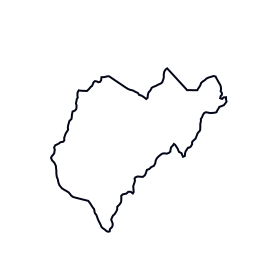 outline of Matão, São Paulo, Brazil, rotated 128°
{"feature_id": "56859067B9094864548247", "entity_name": "Matão", "entity_type": "district", "adm_level": 2, "iso_a3": "BRA", "parent_name": "Brazil", "parent_adm1": "São Paulo", "projection": "robinson", "projection_center": [-48.44, -21.618], "detail": "fine", "context": "isolated", "style": "outline", "palette": "ink", "viewbox_px": 256, "rotation_deg": 128, "n_neighbors": 0, "source": "geoboundaries", "source_scale": "gbopen_adm2", "svg_char_len": 2879}
<svg xmlns="http://www.w3.org/2000/svg" viewBox="0 0 256 256"><g transform="rotate(128 128 128)"><path d="M222.5,81.6L222.0,79.8L220.7,78.8L218.7,80.0L216.3,79.6L214.4,80.0L212.6,81.4L210.6,84.8L208.4,85.5L206.3,85.9L204.2,85.5L202.0,85.7L200.1,86.0L198.7,86.5L196.6,88.0L193.9,87.6L191.3,87.7L189.7,88.4L187.9,89.7L185.5,91.6L183.4,91.2L180.7,88.9L178.1,88.5L176.6,86.6L176.6,83.9L175.0,84.1L173.1,85.8L170.7,88.0L166.5,89.5L165.1,90.2L164.0,91.6L162.4,91.8L160.3,90.6L159.3,89.0L157.4,86.2L154.8,85.6L152.8,86.1L149.4,87.3L147.0,85.9L144.7,85.7L141.8,84.3L139.1,84.8L136.8,86.0L134.3,86.6L132.5,86.5L130.7,86.2L128.5,85.7L126.8,85.0L125.4,83.5L124.4,81.7L122.5,80.5L120.6,80.1L119.1,81.0L116.9,82.1L114.3,81.9L112.3,82.0L112.3,80.3L113.1,77.9L113.8,76.0L115.4,73.2L114.9,70.3L116.0,68.5L116.8,66.9L115.1,66.0L112.9,67.4L110.9,68.2L108.4,68.4L106.7,68.6L105.3,67.4L103.8,67.1L101.4,67.5L99.4,68.9L97.4,68.7L94.9,68.2L91.5,69.2L89.8,69.8L88.1,69.9L86.5,69.7L85.0,70.0L82.9,71.5L80.2,73.6L77.8,74.7L76.1,76.1L73.9,76.3L71.5,77.0L69.4,77.2L67.7,76.4L66.6,74.4L65.7,72.5L63.9,70.5L62.5,69.0L61.0,68.0L59.5,68.4L57.5,68.6L55.1,69.0L53.4,67.9L50.9,66.5L48.8,66.5L46.5,66.6L45.2,68.3L43.4,69.7L45.1,71.5L47.1,71.7L47.8,73.7L45.9,74.6L44.0,74.5L42.6,75.6L41.9,77.7L40.1,78.6L38.6,80.0L37.4,81.6L36.6,83.6L35.9,85.3L35.0,87.4L34.3,89.1L33.5,90.6L34.3,92.5L36.3,93.9L38.7,95.6L40.7,96.6L42.4,96.8L44.1,97.3L45.5,97.8L47.6,98.1L49.5,97.4L51.3,97.1L53.1,97.0L55.6,96.7L61.8,104.8L61.4,106.7L56.9,133.8L58.5,134.3L61.0,134.2L63.8,132.8L65.2,131.6L66.9,130.5L70.8,129.2L72.3,129.4L73.8,130.1L75.6,131.1L77.6,131.9L80.1,133.4L81.9,134.1L83.4,133.7L85.0,133.5L87.4,133.7L89.9,132.6L92.1,131.2L93.9,131.5L93.9,134.9L94.2,137.5L95.1,139.5L94.3,141.7L95.0,144.7L95.4,147.3L96.4,149.3L97.2,151.8L97.6,155.6L98.9,174.6L99.9,176.0L102.6,178.1L104.3,180.2L106.9,178.6L108.7,178.4L110.2,179.5L110.5,181.2L111.4,182.9L112.9,183.3L115.1,182.7L117.0,182.2L118.6,182.7L120.9,182.7L124.0,183.1L125.6,185.2L127.9,188.5L128.7,190.0L131.1,189.6L133.5,187.9L135.0,186.3L136.6,186.2L138.3,185.3L140.6,184.2L142.2,182.1L145.0,180.4L147.1,180.6L149.1,181.8L152.0,180.4L153.9,179.1L155.7,178.1L158.5,178.5L162.3,177.0L164.4,175.9L166.2,174.2L168.3,173.9L170.7,173.7L173.1,172.9L175.1,172.2L176.9,170.6L178.7,170.6L180.8,172.5L182.5,172.8L184.5,173.7L186.5,174.7L188.9,174.2L190.2,172.3L191.6,171.6L193.1,170.7L194.9,170.5L197.2,170.7L199.0,170.2L200.3,167.8L200.5,165.7L201.0,164.0L202.3,161.5L204.2,159.7L205.5,158.4L207.9,156.5L210.2,154.2L211.7,151.7L214.1,148.9L215.3,146.8L216.2,143.1L216.0,140.5L215.5,137.2L215.3,135.4L215.6,133.4L216.2,131.3L216.2,128.9L215.1,126.2L209.9,114.5L210.7,111.3L211.4,109.5L212.2,107.2L212.8,104.8L215.5,101.7L215.9,99.7L216.9,97.9L218.2,95.9L219.4,93.7L220.2,91.9L221.1,90.0L222.2,88.2L222.5,86.0L222.3,83.8L222.5,81.6Z" fill="none" stroke="#020617" stroke-width="2"/></g></svg>